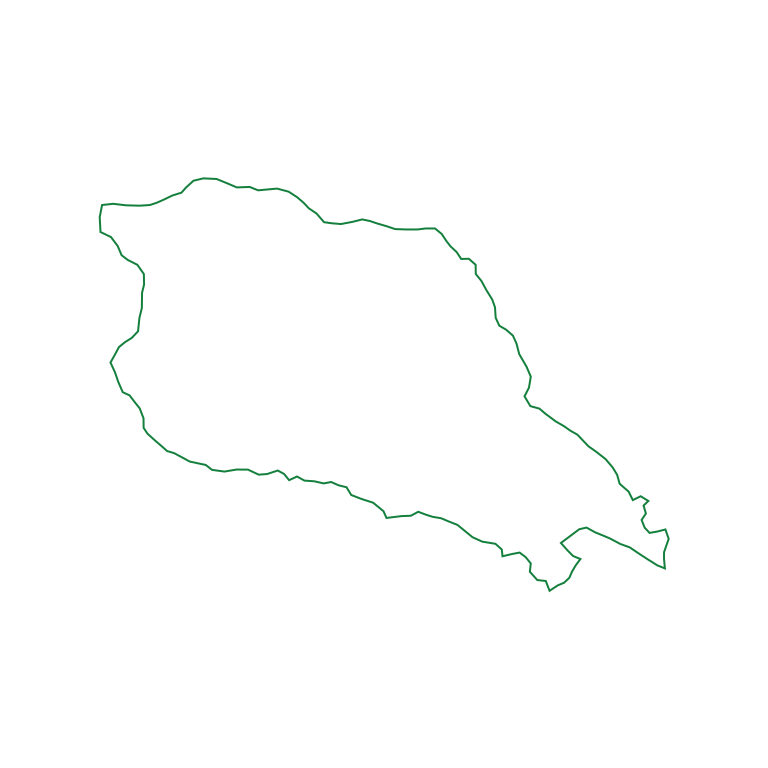 Macaubal, São Paulo, Brazil (Albers equal-area conic projection), rotated 281°
{"feature_id": "56859067B96335300924263", "entity_name": "Macaubal", "entity_type": "district", "adm_level": 2, "iso_a3": "BRA", "parent_name": "Brazil", "parent_adm1": "São Paulo", "projection": "albers", "projection_center": [-49.982, -20.851], "detail": "fine", "context": "isolated", "style": "outline", "palette": "green", "viewbox_px": 768, "rotation_deg": 281, "n_neighbors": 0, "source": "geoboundaries", "source_scale": "gbopen_adm2", "svg_char_len": 2367}
<svg xmlns="http://www.w3.org/2000/svg" viewBox="0 0 768 768"><g transform="rotate(281 384 384)"><path d="M547.2,158.2L539.0,152.1L533.2,148.7L528.6,140.2L523.2,133.0L518.6,126.4L515.0,120.0L512.4,110.0L510.2,96.8L509.2,83.8L505.9,73.1L493.5,73.1L479.1,76.7L476.1,88.0L468.7,96.2L460.3,101.9L456.9,108.8L453.9,119.2L446.1,127.3L435.8,129.5L427.4,129.1L412.4,131.8L402.4,131.3L388.8,132.5L381.1,127.6L375.8,121.9L369.7,116.8L361.9,114.4L352.9,111.4L344.3,117.6L335.6,122.6L326.1,129.1L324.3,136.4L319.5,141.8L313.4,148.9L304.4,154.5L295.1,156.4L290.1,161.3L284.5,170.6L280.4,177.8L276.8,183.9L276.1,191.2L270.8,208.1L270.5,224.5L266.9,231.6L267.6,244.1L271.9,255.6L274.0,266.8L271.1,278.3L273.3,286.4L278.8,296.2L276.6,303.1L271.5,309.2L276.6,316.3L274.0,324.3L275.2,334.2L274.9,343.7L277.7,350.8L275.9,358.7L275.5,366.9L268.8,373.0L266.9,383.6L265.4,396.0L259.0,407.8L253.0,412.0L257.6,426.2L259.8,435.5L265.1,442.0L263.8,449.5L262.9,457.0L263.1,465.8L261.5,473.4L259.7,483.0L255.4,491.0L250.5,500.1L248.0,510.6L248.4,523.9L244.0,531.2L237.5,533.2L241.5,542.0L244.4,549.3L241.2,555.9L235.9,562.3L227.5,563.0L220.8,571.9L221.5,580.4L212.6,586.0L219.4,592.9L223.3,598.7L229.1,602.9L235.8,604.4L242.6,606.8L249.7,610.2L251.2,602.5L255.6,596.0L261.7,588.0L278.7,603.4L281.7,610.2L278.7,619.5L277.1,627.6L275.5,635.2L272.0,646.7L270.5,656.5L267.3,663.9L262.4,675.8L258.1,687.0L256.6,694.9L265.9,692.2L272.3,691.0L286.3,693.0L294.9,688.0L291.3,680.4L288.5,673.1L292.7,667.3L299.7,662.8L306.8,665.8L314.2,662.0L319.6,665.8L322.8,657.4L317.5,650.4L325.0,644.7L331.0,634.4L339.3,630.2L345.7,624.4L352.5,615.9L357.8,605.6L361.9,596.5L367.2,589.1L371.2,583.5L373.6,576.2L376.9,568.8L380.1,559.6L385.6,548.1L389.5,541.2L390.2,531.9L398.7,524.3L408.1,527.0L419.2,526.7L428.2,520.6L439.2,511.0L448.9,506.4L456.1,501.3L460.7,493.3L463.2,486.1L470.3,481.0L480.5,478.3L487.6,474.1L495.8,466.5L503.7,460.0L509.5,453.1L518.5,451.2L523.1,443.4L521.5,435.9L527.4,430.1L531.7,423.2L536.3,417.9L542.3,412.0L546.4,404.4L544.6,395.1L542.1,387.5L540.0,376.8L538.2,365.3L539.3,357.2L540.3,346.5L541.3,339.1L541.4,331.2L537.1,322.0L532.8,311.2L531.8,301.9L531.4,294.3L538.5,285.2L542.1,276.7L546.5,270.6L550.7,263.3L554.6,253.7L555.4,241.7L552.2,230.7L550.1,223.5L551.8,214.6L548.9,202.0L551.1,191.7L553.3,180.5L551.4,167.5L547.2,158.2Z" fill="none" stroke="#15803d" stroke-width="2"/></g></svg>